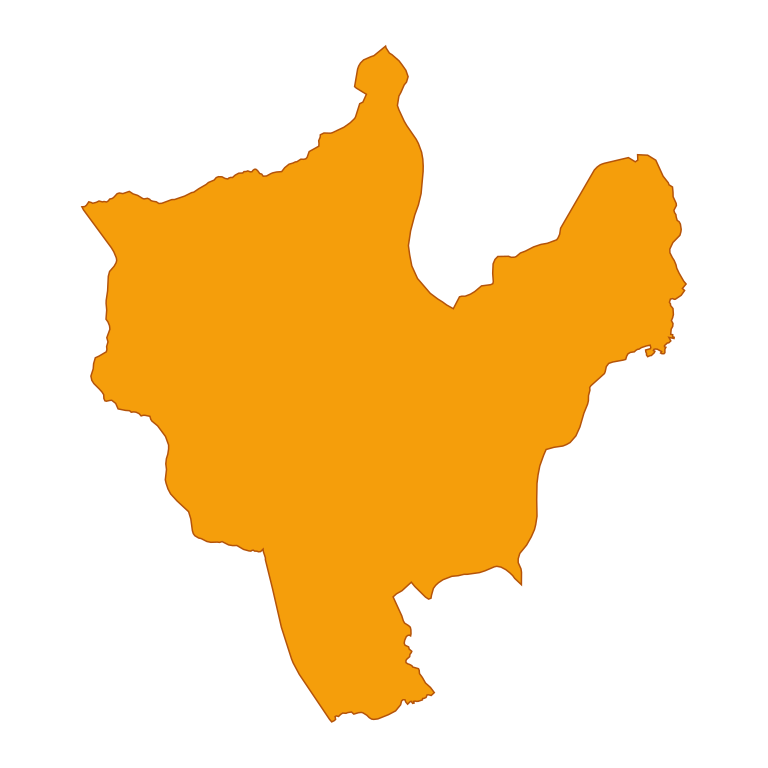 Kampong Tralach, Kâmpóng Chhnang, Cambodia (orthographic projection)
{"feature_id": "14789045B48550542527991", "entity_name": "Kampong Tralach", "entity_type": "district", "adm_level": 2, "iso_a3": "KHM", "parent_name": "Cambodia", "parent_adm1": "Kâmpóng Chhnang", "projection": "orthographic", "projection_center": [104.762, 11.974], "detail": "fine", "context": "isolated", "style": "filled", "palette": "amber", "viewbox_px": 768, "rotation_deg": 0, "n_neighbors": 0, "source": "geoboundaries", "source_scale": "gbopen_adm2", "svg_char_len": 6094}
<svg xmlns="http://www.w3.org/2000/svg" viewBox="0 0 768 768"><path d="M628.4,157.6L604.3,163.3L601.9,164.1L600.1,164.9L597.2,167.0L594.4,169.9L560.6,228.2L559.7,234.2L558.1,237.8L556.7,239.8L547.3,243.3L541.0,244.4L533.6,246.9L525.4,251.1L520.4,253.0L516.1,256.6L514.5,257.2L511.1,257.3L508.6,256.3L497.8,256.5L495.0,259.4L493.1,263.9L492.7,273.4L493.3,281.7L492.8,283.7L490.6,284.7L481.5,285.9L474.7,291.6L470.4,294.2L465.2,296.2L461.8,296.2L459.5,296.8L453.3,308.7L446.7,305.0L442.6,302.0L437.8,299.0L430.2,293.3L417.5,278.5L411.8,265.9L409.7,255.0L408.4,245.6L410.6,230.9L414.8,214.9L418.4,204.9L421.1,193.6L423.1,171.6L423.2,166.0L422.8,159.1L421.6,152.2L418.4,143.5L416.2,139.3L406.7,125.5L404.2,121.2L399.0,110.0L397.4,105.5L398.9,96.1L401.0,92.2L404.2,84.9L406.5,82.1L408.1,76.7L405.9,70.3L402.1,64.9L399.0,60.8L392.0,54.7L389.4,53.1L386.1,48.0L385.6,46.1L373.9,55.7L370.9,56.7L363.6,59.9L360.5,63.0L358.7,66.0L357.6,69.1L354.6,86.6L356.3,88.1L366.4,94.3L362.9,102.1L359.7,103.7L355.6,116.7L354.7,118.4L350.3,122.7L344.0,127.2L332.1,132.8L330.4,133.2L323.9,133.0L320.3,134.8L320.2,137.1L318.7,140.7L319.0,143.7L318.8,146.2L309.2,151.5L307.1,157.4L305.8,158.8L303.7,159.3L300.8,159.2L296.8,161.8L295.4,161.9L292.8,163.1L289.0,164.2L284.7,167.7L281.7,171.6L276.6,172.0L272.9,172.8L271.1,173.5L266.5,176.0L263.2,176.2L261.7,174.1L259.7,173.5L257.5,170.5L255.8,169.2L254.4,169.3L252.9,170.4L252.0,171.7L250.4,171.9L247.8,170.9L246.2,171.5L244.0,171.6L242.7,173.0L238.7,173.2L235.2,175.1L232.5,177.5L230.7,177.4L228.7,178.1L227.8,179.0L225.0,178.4L222.0,176.8L218.4,176.7L216.2,177.6L214.1,180.1L208.4,182.5L206.1,184.5L198.8,188.7L193.7,192.2L191.6,192.6L184.6,196.1L178.4,198.2L174.7,199.5L171.7,199.6L161.8,203.3L158.9,203.5L156.3,201.8L152.7,201.2L150.6,200.4L149.7,199.3L147.5,198.3L144.1,198.9L142.9,198.6L137.7,195.4L133.1,193.9L129.3,191.4L122.9,193.6L119.3,193.0L117.1,193.7L114.2,196.9L112.4,198.4L109.6,199.1L108.4,200.8L106.6,202.0L104.0,201.5L102.5,201.9L99.0,201.0L96.4,202.3L92.7,203.3L91.5,202.6L88.8,201.8L86.4,205.3L84.7,206.6L81.9,206.8L83.5,209.9L111.4,247.8L113.8,251.8L116.3,257.8L116.7,260.4L116.1,262.7L114.1,266.3L109.6,271.4L108.3,276.3L107.6,290.9L106.2,300.3L106.1,303.4L106.7,310.1L106.0,319.2L107.9,321.8L109.5,325.7L109.9,329.2L106.8,337.7L108.0,341.9L106.6,346.6L106.9,349.4L106.3,351.8L99.0,356.1L95.3,357.8L93.6,363.7L93.2,368.9L90.9,376.1L91.8,380.3L93.9,383.6L99.3,389.0L101.9,391.9L103.7,394.7L103.9,398.5L104.9,400.8L106.4,401.2L110.0,400.4L111.8,400.3L115.7,403.4L118.1,408.9L125.5,410.4L129.6,410.7L131.2,412.2L133.7,411.9L136.1,412.2L139.2,413.7L141.1,415.9L143.2,415.3L145.0,415.3L149.9,416.3L150.8,419.4L152.0,421.2L157.6,425.8L165.5,436.5L168.6,445.0L168.6,448.9L167.8,454.2L166.4,458.6L165.8,463.8L166.5,469.5L165.3,479.8L166.1,483.3L168.0,489.0L170.6,493.9L177.1,501.0L188.6,511.7L190.8,518.9L192.4,530.7L193.3,533.6L194.8,535.7L198.6,538.0L201.2,538.6L206.9,541.5L210.8,542.3L217.3,542.1L219.6,542.4L222.1,541.6L228.6,544.9L232.7,545.6L236.9,545.5L243.5,549.4L248.9,550.9L250.9,551.1L252.1,550.3L253.4,550.2L254.6,551.1L256.9,551.2L258.5,551.8L260.6,551.6L263.1,549.1L263.3,551.4L265.4,557.8L265.4,559.8L272.4,588.1L281.4,627.3L291.5,658.8L293.2,663.0L299.3,674.4L329.5,719.3L331.7,721.9L334.3,720.6L335.6,719.4L335.1,716.6L336.4,715.9L338.5,716.5L340.8,714.3L342.7,713.1L346.0,713.3L347.7,712.6L351.5,712.0L353.8,714.1L358.5,712.7L361.4,712.4L362.9,712.8L366.8,715.2L369.2,717.6L371.6,719.1L373.7,719.4L377.9,718.9L388.4,714.7L395.6,710.9L400.6,704.8L401.6,700.9L403.0,699.7L405.0,699.8L405.7,701.9L407.6,704.2L410.0,701.8L411.1,701.3L412.7,703.4L414.1,703.0L413.5,701.4L415.2,701.1L416.5,701.4L418.2,701.3L422.4,699.9L422.6,698.5L423.9,698.4L426.0,697.5L427.1,694.9L428.7,694.8L431.2,695.5L434.3,692.6L430.5,687.5L425.5,683.0L422.3,677.4L419.5,673.6L419.2,670.3L418.5,668.7L412.7,667.0L411.9,665.7L409.5,664.4L407.7,663.8L406.0,662.6L405.9,660.7L406.6,659.4L409.7,656.6L409.9,654.4L411.3,652.6L411.8,651.3L409.2,649.1L408.6,646.9L405.0,645.2L404.2,643.2L404.7,640.3L406.3,636.6L407.7,635.5L409.3,635.1L410.6,635.9L411.0,633.8L410.9,629.8L410.3,627.2L408.7,625.7L404.6,623.1L403.3,620.8L401.8,615.9L393.1,596.9L396.5,593.8L402.0,590.7L411.3,582.2L414.7,586.4L425.5,597.1L428.6,599.1L431.0,598.2L431.5,595.2L433.4,588.4L435.6,585.4L438.5,582.7L443.0,579.7L451.9,576.3L458.2,575.7L464.1,574.3L467.3,574.3L479.5,572.6L485.0,570.8L494.4,566.8L496.8,566.3L501.0,567.1L505.9,569.7L509.9,572.9L512.7,575.6L514.7,578.4L521.4,584.7L521.5,572.3L521.0,568.9L518.2,562.6L518.2,558.8L519.8,553.4L526.6,545.1L531.3,536.8L534.5,529.5L535.7,524.7L537.0,516.2L536.7,499.7L537.0,483.4L538.0,475.2L539.8,465.9L543.6,455.3L546.1,449.5L554.0,447.3L562.9,446.0L566.6,444.5L570.1,442.5L575.9,435.9L579.9,427.0L583.9,413.2L587.6,404.1L588.4,400.7L588.5,395.6L589.9,390.3L589.7,387.5L590.9,385.7L604.4,373.6L605.2,371.7L606.3,366.6L608.7,363.4L612.8,362.0L623.2,360.1L625.7,359.4L626.7,356.1L628.0,353.8L630.4,352.4L634.4,351.8L635.7,350.5L637.4,349.4L639.1,349.1L641.4,347.6L646.5,345.9L650.2,345.2L650.8,347.6L650.3,348.7L645.6,350.0L645.8,351.8L646.5,353.4L646.5,355.0L647.7,356.7L649.9,355.7L651.4,355.5L654.2,352.8L654.9,351.3L653.4,350.5L654.0,349.3L655.5,349.0L657.3,349.2L661.6,351.6L660.6,353.0L661.9,353.7L664.0,353.7L664.9,352.7L664.9,349.2L665.9,347.3L664.5,346.8L664.5,345.6L667.3,343.0L668.8,342.8L670.8,340.9L668.9,337.4L674.0,338.5L674.2,337.3L672.7,336.7L672.7,334.7L670.7,334.3L671.2,329.1L672.7,326.4L673.0,323.5L671.4,320.6L672.6,317.8L673.4,314.5L673.0,308.5L670.5,305.4L670.5,303.9L669.4,302.3L670.4,299.1L672.7,298.6L674.2,299.3L675.4,299.2L681.2,295.3L684.6,290.5L682.4,288.5L686.1,284.0L683.8,281.3L679.1,273.2L676.7,268.1L676.0,264.8L674.2,260.5L672.3,257.5L669.9,252.7L669.8,249.1L672.9,242.5L679.9,235.3L680.9,231.8L681.2,229.4L680.4,224.1L679.1,221.7L677.2,220.4L676.2,217.0L675.9,214.6L674.6,212.7L673.9,210.3L676.4,205.5L676.2,203.4L673.1,196.7L673.0,192.3L672.5,187.0L669.0,184.8L668.3,182.8L663.1,176.2L655.8,160.2L647.7,155.2L637.6,154.7L637.8,160.1L635.3,161.8L628.4,157.6Z" fill="#f59e0b" stroke="#b45309" stroke-width="1.5"/></svg>